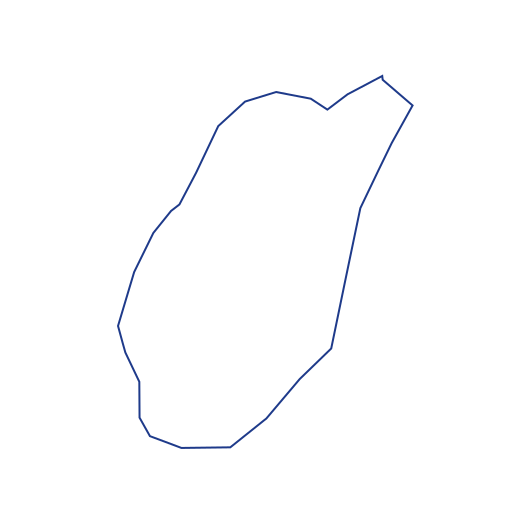 map outline of Mojkovac (Natural Earth projection), rotated 283°
{"feature_id": "MNE-1513", "entity_name": "Mojkovac", "entity_type": "Municipality", "adm_level": 1, "iso_a3": "MNE", "parent_name": "Montenegro", "parent_adm1": "", "projection": "natural_earth1", "projection_center": [19.506, 42.966], "detail": "fine", "context": "isolated", "style": "outline", "palette": "blue", "viewbox_px": 512, "rotation_deg": 283, "n_neighbors": 0, "source": "natural_earth", "source_scale": "10m", "svg_char_len": 554}
<svg xmlns="http://www.w3.org/2000/svg" viewBox="0 0 512 512"><g transform="rotate(283 256 256)"><path d="M52.7,222.9L56.6,193.2L72.3,178.9L107.2,170.6L132.6,150.4L140.8,145.9L156.8,137.3L194.4,139.7L213.0,140.9L255.4,150.8L280.8,163.1L289.0,169.8L323.6,178.9L374.1,190.0L404.0,210.6L420.3,238.7L421.6,274.0L414.7,292.6L434.2,308.9L459.8,338.5L456.2,339.8L437.9,374.7L396.5,362.8L366.9,356.0L326.1,346.9L251.7,348.5L182.8,350.1L146.0,326.3L99.9,302.6L97.7,300.8L63.8,274.0L52.2,226.5L52.7,222.9Z" fill="none" stroke="#1e3a8a" stroke-width="2"/></g></svg>